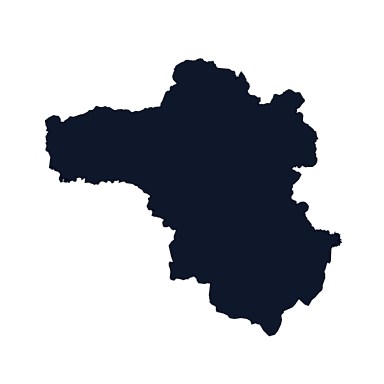 outline of Saba Yoi, Songkhla, Thailand, rotated 97°
{"feature_id": "78962969B77762889714040", "entity_name": "Saba Yoi", "entity_type": "district", "adm_level": 2, "iso_a3": "THA", "parent_name": "Thailand", "parent_adm1": "Songkhla", "projection": "albers", "projection_center": [100.916, 6.501], "detail": "fine", "context": "isolated", "style": "filled", "palette": "ink", "viewbox_px": 384, "rotation_deg": 97, "n_neighbors": 0, "source": "geoboundaries", "source_scale": "gbopen_adm2", "svg_char_len": 5898}
<svg xmlns="http://www.w3.org/2000/svg" viewBox="0 0 384 384"><g transform="rotate(97 192 192)"><path d="M273.9,203.0L279.9,202.9L281.1,201.8L281.4,199.2L279.1,197.5L279.1,193.5L279.8,189.7L278.4,187.3L278.5,185.7L276.5,183.8L276.0,181.7L274.2,181.3L275.2,179.8L275.4,178.1L276.4,177.6L276.8,176.5L279.0,175.9L281.0,174.2L281.0,168.2L279.9,166.0L280.0,162.1L292.5,162.0L294.3,161.1L295.3,161.4L296.3,160.6L299.0,160.4L300.7,158.3L301.8,154.7L303.2,153.5L306.4,153.2L307.3,152.5L308.0,146.0L309.7,140.9L311.3,139.8L311.9,138.8L312.1,134.4L310.4,128.2L310.5,123.6L310.6,121.8L311.9,118.6L313.0,117.4L315.4,116.4L313.7,112.8L314.5,111.0L314.6,108.7L315.1,107.8L320.2,103.9L325.0,97.8L323.0,92.9L319.3,90.5L312.6,88.3L308.0,87.8L304.6,88.9L302.5,88.9L300.5,87.0L298.7,87.1L293.6,78.6L291.0,76.7L284.2,73.1L288.7,67.0L289.5,65.6L290.0,62.8L284.2,60.4L281.1,57.4L275.9,54.0L273.4,51.6L271.2,51.3L268.5,51.7L261.1,50.0L256.8,50.7L256.8,51.2L254.3,51.7L252.5,50.9L246.2,50.0L244.4,48.9L245.4,47.2L243.8,46.5L231.4,47.5L228.1,46.0L228.0,45.4L228.8,45.0L228.0,43.7L226.9,43.6L227.1,44.6L226.7,44.7L226.3,43.5L227.9,42.6L227.9,42.1L226.5,40.5L226.5,39.3L225.0,39.2L223.8,39.9L223.7,38.1L223.2,38.5L222.7,40.9L222.0,40.6L221.3,38.8L220.0,40.7L218.5,40.0L217.9,40.7L216.7,40.5L217.2,42.0L216.4,41.3L215.9,41.6L215.7,43.9L216.2,44.5L217.0,44.5L215.6,45.1L217.0,45.5L217.4,46.7L217.1,47.5L217.9,47.5L218.3,48.4L217.7,49.3L217.8,50.2L216.9,51.2L215.3,51.2L214.1,52.3L214.4,53.0L215.3,53.4L214.9,54.5L215.2,55.3L214.2,55.8L215.0,57.3L214.0,60.0L215.0,61.0L214.6,61.9L214.9,64.3L216.0,65.3L212.6,67.2L211.8,69.4L210.3,70.3L209.8,70.0L206.4,73.3L206.1,74.4L203.9,75.3L202.0,77.4L200.9,77.0L200.2,77.9L198.3,77.8L195.7,75.3L192.6,74.9L191.2,75.6L189.0,78.2L188.7,80.0L189.2,82.6L191.5,85.7L191.8,87.2L188.9,87.9L188.0,91.5L186.3,93.5L183.6,93.4L181.2,91.9L179.0,92.3L178.7,93.2L177.1,94.2L174.8,93.1L172.1,93.7L171.2,92.0L166.2,88.0L161.4,86.2L159.6,88.7L159.9,89.5L159.7,91.2L158.4,93.2L158.1,95.3L156.6,96.1L155.7,95.9L153.9,93.8L154.2,92.4L152.3,91.5L153.2,90.0L154.5,89.5L154.6,88.5L153.8,88.0L153.8,87.4L152.2,86.8L151.0,85.3L152.1,84.8L153.0,82.4L152.4,81.0L151.8,75.7L149.0,72.9L146.1,72.1L143.4,72.4L142.3,73.9L139.6,74.0L138.0,75.2L134.4,74.2L133.4,74.4L132.4,75.5L130.2,75.6L128.6,77.1L127.8,76.9L126.4,75.3L124.4,75.6L123.8,74.0L121.7,75.5L117.4,76.7L116.9,78.7L115.5,79.5L113.4,82.6L112.4,85.0L111.4,85.0L110.5,88.4L109.1,90.5L107.6,91.4L102.6,91.6L100.8,92.9L100.1,95.2L101.7,97.7L100.5,98.8L99.0,98.4L96.7,98.9L94.6,95.9L91.8,94.5L87.9,91.7L86.3,92.5L85.4,94.2L84.5,94.4L80.8,97.2L80.6,98.1L81.4,101.7L79.1,106.1L78.9,108.6L80.0,109.6L80.4,110.7L81.7,111.5L82.0,112.8L84.0,113.7L85.9,116.9L85.1,120.9L85.8,122.1L89.3,122.6L90.5,123.4L95.1,125.0L95.3,128.3L97.0,131.5L96.8,133.6L97.5,134.7L96.2,137.5L95.2,137.3L93.5,135.7L90.4,136.2L91.1,138.0L89.1,141.5L89.3,146.1L87.1,148.7L84.5,149.9L83.6,149.7L82.9,148.7L80.5,148.2L79.0,148.6L77.6,149.3L75.7,152.2L73.4,152.5L72.5,153.7L71.2,154.0L67.3,157.7L70.5,159.1L72.0,158.8L72.5,159.3L72.5,160.9L74.6,162.1L71.3,162.9L70.8,164.1L68.8,164.1L67.4,165.0L67.5,167.3L66.0,170.1L66.4,181.9L64.8,183.8L63.0,184.5L62.5,185.8L60.0,187.2L60.6,188.4L61.0,191.6L62.0,192.1L62.2,192.9L61.1,194.8L61.2,196.2L59.2,197.9L59.0,199.9L60.0,202.5L61.5,204.1L62.2,207.3L62.0,209.2L62.5,210.2L62.0,211.3L62.3,213.9L64.1,215.6L65.6,218.6L69.1,222.9L71.6,223.6L72.3,224.3L73.4,223.4L75.3,224.2L79.8,225.0L82.5,223.8L86.1,219.3L87.5,220.7L88.8,223.1L90.0,223.7L89.9,225.4L91.3,226.0L93.6,225.5L95.3,227.2L95.3,228.6L96.9,229.9L105.8,232.0L108.0,233.2L110.9,233.0L111.8,234.1L112.8,239.1L114.2,240.9L113.4,242.3L114.0,244.7L115.4,245.9L114.9,248.5L116.6,249.9L118.5,253.2L119.1,254.9L119.1,257.7L120.5,260.1L120.9,261.9L118.8,265.0L118.8,267.8L119.5,270.2L119.0,271.8L119.8,275.8L120.8,277.1L120.8,279.5L118.4,284.7L119.1,286.7L119.1,287.2L118.1,287.9L118.1,288.7L119.5,291.1L119.6,294.0L118.9,297.0L119.7,298.1L121.6,298.7L123.4,300.6L124.0,303.8L125.6,304.8L128.6,309.2L129.2,311.7L132.6,318.6L132.4,322.0L134.9,323.8L136.9,326.4L139.0,327.9L138.8,331.5L135.7,332.0L133.5,333.9L133.6,336.6L133.2,338.4L135.8,342.5L139.1,345.9L140.7,345.5L141.1,344.7L141.9,345.1L143.4,344.8L144.7,343.6L146.9,342.9L148.4,343.6L149.1,341.8L150.6,340.6L151.7,342.5L153.2,342.4L154.7,343.4L158.2,342.5L160.2,341.4L161.2,342.6L162.3,341.8L164.4,341.3L167.7,342.0L168.6,341.3L169.2,339.2L174.4,336.1L185.0,336.2L185.1,335.8L183.9,334.4L185.1,334.1L185.9,334.4L186.2,333.2L185.2,332.7L185.7,331.8L185.1,330.6L186.4,330.9L187.0,330.6L187.6,326.9L188.6,325.6L190.4,324.1L191.8,324.4L193.0,323.5L193.4,325.0L195.5,325.0L197.8,323.3L197.4,322.3L195.2,322.6L193.8,320.5L194.1,319.2L196.9,320.3L197.2,320.0L197.3,318.0L196.4,317.8L195.7,318.3L194.5,317.7L197.2,315.9L197.0,315.1L195.6,314.7L194.4,312.1L195.3,310.4L195.4,309.3L195.0,308.8L193.8,308.6L193.0,309.4L192.3,309.3L190.7,306.1L190.9,303.3L192.6,302.7L191.0,301.2L190.6,298.8L195.2,299.0L194.4,295.0L195.3,292.8L195.2,291.4L196.1,289.8L194.2,287.1L195.5,287.0L195.3,286.1L193.2,285.3L192.1,283.9L191.5,281.4L192.6,278.5L192.0,277.8L190.6,278.3L190.2,277.8L190.7,273.8L192.4,272.4L191.8,271.5L189.5,270.7L189.5,268.4L188.5,266.4L189.5,264.9L190.8,265.2L189.3,261.9L189.3,259.4L190.5,258.4L190.5,252.3L191.2,250.3L192.1,249.1L192.1,246.3L193.7,245.5L195.3,241.5L198.0,239.3L198.5,236.1L200.2,232.9L202.1,231.9L203.8,234.2L204.7,234.0L205.2,233.3L206.7,233.2L211.6,234.6L214.6,232.5L213.9,229.4L214.3,228.1L215.2,229.1L216.5,228.0L219.9,228.5L220.4,226.4L220.2,223.4L220.8,222.4L220.5,221.1L222.5,215.8L223.4,215.3L224.5,216.6L226.0,217.1L229.1,216.0L229.5,215.0L229.3,212.7L228.5,211.5L228.3,210.0L230.9,207.5L231.5,205.7L230.3,204.4L231.9,202.5L237.9,204.0L242.0,203.4L243.7,205.5L248.0,207.9L258.4,204.2L263.8,201.5L264.7,202.4L264.5,205.3L265.7,205.7L268.1,205.2L270.8,203.8L273.9,203.0Z" fill="#0f172a" stroke="#020617" stroke-width="1.5"/></g></svg>